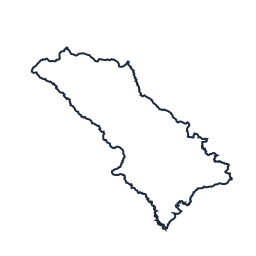 Muhanga, Southern, Rwanda, rotated 314°
{"feature_id": "39286606B71619932434084", "entity_name": "Muhanga", "entity_type": "district", "adm_level": 2, "iso_a3": "RWA", "parent_name": "Rwanda", "parent_adm1": "Southern", "projection": "robinson", "projection_center": [29.724, -1.939], "detail": "fine", "context": "isolated", "style": "outline", "palette": "slate", "viewbox_px": 256, "rotation_deg": 314, "n_neighbors": 0, "source": "geoboundaries", "source_scale": "gbopen_adm2", "svg_char_len": 5905}
<svg xmlns="http://www.w3.org/2000/svg" viewBox="0 0 256 256"><g transform="rotate(314 128 128)"><path d="M169.6,221.1L168.2,219.5L168.3,218.7L167.9,218.2L168.1,217.9L167.6,216.6L167.2,216.4L166.5,216.6L165.5,215.0L164.1,213.9L164.5,212.9L165.1,213.1L165.2,211.6L167.8,211.2L168.1,210.1L170.4,211.2L169.8,208.8L170.0,207.6L168.8,206.5L167.4,206.1L166.4,205.3L164.6,204.8L164.1,204.2L164.3,202.6L163.8,202.2L164.1,200.9L165.3,199.6L165.6,199.9L165.9,198.8L165.6,198.3L166.4,197.7L165.7,197.3L166.0,197.1L165.8,196.1L165.4,195.9L166.2,195.0L165.5,194.9L166.7,193.4L167.6,193.2L169.5,191.2L172.5,193.6L173.3,193.1L173.6,193.4L174.3,192.5L175.0,192.4L173.8,190.9L172.2,189.7L171.7,188.8L171.5,186.2L170.3,185.2L170.8,184.9L171.5,183.5L171.4,181.2L169.9,180.5L170.0,179.7L168.2,180.3L167.3,181.4L166.5,181.6L163.3,177.1L165.4,175.7L166.7,173.3L166.7,172.7L167.2,172.7L167.3,172.1L168.4,171.1L170.3,170.4L171.1,170.6L172.7,170.2L173.6,167.9L173.5,166.9L171.4,166.7L170.4,165.1L170.5,164.6L169.9,163.2L169.6,161.8L167.8,160.2L166.8,160.2L166.6,159.9L166.5,158.3L167.5,157.0L167.0,152.5L168.2,151.1L168.0,149.6L168.5,149.2L168.6,148.4L168.0,145.3L167.1,142.7L166.5,142.4L166.3,141.0L164.6,140.1L164.6,139.2L163.4,137.7L163.9,135.0L163.5,134.4L164.1,132.4L163.6,128.8L164.3,126.8L164.2,126.3L164.7,125.7L164.4,125.0L164.5,123.9L163.0,118.7L162.9,117.0L161.0,116.6L160.4,114.2L161.8,113.6L161.9,111.3L162.4,110.3L163.5,109.8L163.6,109.0L165.0,107.5L165.4,106.3L165.4,104.7L166.3,104.5L166.3,103.3L167.1,102.8L167.3,101.8L167.0,100.9L168.5,100.7L168.5,98.9L169.3,98.5L168.9,97.8L170.2,96.2L170.2,95.3L170.8,94.6L171.6,94.6L171.9,92.6L173.1,92.5L173.3,91.6L172.8,89.8L173.4,88.8L173.2,87.9L173.9,87.7L173.7,86.8L173.9,85.7L173.6,84.8L173.9,84.1L176.1,82.5L175.6,81.7L173.2,82.3L170.2,82.1L168.3,81.4L166.6,79.9L166.2,79.0L166.3,78.3L167.6,77.1L168.3,75.0L167.4,70.2L166.8,69.9L166.2,68.4L163.9,67.8L163.0,65.4L161.3,64.8L157.6,59.4L154.7,59.9L153.5,58.0L153.8,55.0L153.3,51.3L153.7,49.8L152.5,47.9L150.9,44.2L147.4,41.1L144.6,40.8L143.9,40.1L143.0,37.6L141.8,35.6L142.9,31.9L142.8,29.9L143.6,28.9L143.5,28.2L142.7,27.8L141.8,28.6L140.5,27.7L139.0,28.6L136.7,26.9L134.4,26.9L132.7,28.1L130.8,30.5L129.2,30.8L127.3,29.1L125.8,29.6L124.9,28.8L124.1,27.3L122.6,26.4L121.5,24.9L121.5,21.3L119.4,20.6L118.8,20.1L118.5,19.1L117.2,19.1L116.3,18.3L115.5,18.1L114.1,18.5L112.0,18.2L108.3,18.6L106.0,17.8L103.4,18.5L102.2,19.1L101.7,19.9L102.1,21.8L104.5,23.7L103.5,25.5L103.7,27.1L103.1,29.7L103.8,30.9L104.3,33.0L105.2,34.2L105.9,34.5L105.3,35.9L106.7,39.5L107.4,39.8L107.6,40.3L107.5,43.5L108.3,43.5L108.5,44.3L107.9,45.3L108.4,47.5L107.9,48.4L107.0,48.1L106.6,48.7L106.9,50.7L106.4,54.2L108.2,56.9L107.9,57.8L108.0,59.2L106.6,59.3L106.3,63.8L107.3,63.7L108.0,66.4L107.0,67.0L106.7,68.0L105.9,68.5L105.5,70.2L104.5,70.7L105.5,73.5L105.1,74.6L105.1,76.2L104.3,77.4L104.2,79.2L105.0,81.1L104.0,82.5L104.5,85.3L103.8,86.9L104.7,87.6L104.7,88.8L105.8,89.1L106.0,89.5L105.7,90.8L105.8,91.4L107.5,94.7L107.5,96.8L106.4,99.0L107.5,100.2L108.3,104.3L109.4,105.5L108.5,107.6L108.5,108.2L107.2,108.1L107.0,108.4L107.2,110.4L106.9,111.7L108.4,113.1L107.7,113.8L107.3,115.0L106.0,115.0L105.1,115.6L102.9,118.0L103.0,119.7L104.1,120.4L103.1,122.9L104.2,125.7L102.7,127.8L103.1,131.0L103.5,131.1L104.4,132.5L105.5,132.4L107.4,133.4L108.3,135.4L108.6,139.1L108.1,140.6L106.4,142.3L105.0,145.7L102.4,146.0L101.7,146.9L100.3,146.8L99.7,148.0L98.1,147.7L97.2,148.6L96.1,148.6L95.4,149.3L94.6,149.5L93.2,148.5L92.4,149.0L88.4,147.0L87.5,147.1L86.2,146.5L85.4,146.7L84.6,147.8L84.4,149.9L86.3,152.6L87.2,153.0L87.8,153.9L89.1,154.2L90.2,155.3L90.6,156.2L90.6,157.1L91.2,157.4L91.4,158.0L91.3,158.9L90.6,159.4L90.3,160.3L89.4,160.3L88.8,161.0L88.5,162.9L88.0,164.4L87.5,164.7L88.2,165.6L88.7,168.8L89.9,169.5L89.6,170.4L88.8,170.5L88.6,171.2L87.4,172.2L88.8,173.4L89.3,175.0L88.7,176.2L89.4,178.3L88.6,179.6L88.6,180.8L88.8,181.1L90.2,181.2L90.4,183.2L91.2,183.3L91.1,184.9L92.2,185.8L92.5,186.9L92.3,187.6L91.4,188.2L91.6,188.8L90.8,189.7L91.4,191.8L90.8,192.3L90.0,191.9L90.0,192.8L89.6,193.6L89.7,194.6L90.4,194.9L90.0,195.7L91.5,196.2L90.9,197.3L89.8,197.7L89.1,199.0L89.4,200.4L90.1,200.7L89.8,201.5L89.8,202.6L89.3,203.1L88.3,202.5L87.8,203.0L87.5,203.8L88.1,205.7L87.2,205.0L86.6,206.1L85.7,206.0L84.9,208.3L84.0,207.8L83.2,208.3L83.5,209.9L84.8,209.8L84.6,211.1L83.0,211.5L83.0,212.4L82.5,213.4L81.4,212.7L82.3,214.8L82.0,217.5L81.3,217.8L80.9,217.5L80.8,216.0L80.5,215.5L79.9,216.5L80.1,217.6L81.0,218.2L80.9,219.1L81.6,219.3L82.3,219.0L83.2,221.0L82.8,221.5L81.6,221.3L81.6,222.2L80.2,222.4L80.1,223.3L81.1,224.5L81.1,225.1L81.4,224.7L82.4,224.9L82.6,224.6L82.8,225.6L83.1,225.7L85.4,224.2L85.9,224.3L86.4,223.6L87.2,223.9L88.0,223.8L89.3,223.0L90.2,223.4L91.6,223.1L94.0,224.0L95.1,224.0L97.0,223.6L97.6,223.0L98.6,221.4L98.5,220.3L100.4,223.1L101.7,224.0L105.1,224.2L104.7,221.6L105.0,219.5L104.8,216.9L105.5,216.5L105.5,216.8L106.8,217.0L107.0,217.6L107.3,217.1L107.5,217.4L107.6,216.6L108.1,216.0L108.9,216.4L110.4,216.5L110.5,216.9L110.8,216.6L110.6,216.1L111.3,216.1L111.3,216.9L112.6,217.2L113.0,217.9L112.3,219.3L112.8,219.2L112.7,219.9L113.2,220.3L112.3,220.2L112.2,220.8L113.7,223.0L113.4,223.9L114.4,224.2L114.2,224.6L115.3,225.1L115.8,224.9L115.8,224.5L116.5,224.2L117.0,224.6L117.9,224.5L118.0,224.1L119.2,224.0L119.3,223.0L120.0,222.7L120.2,221.9L120.7,221.5L122.3,221.5L123.2,220.8L124.5,221.3L125.4,220.4L126.4,220.4L127.3,219.8L127.7,220.4L130.2,220.0L132.0,220.6L132.8,220.0L136.7,223.5L138.7,223.3L139.5,225.4L142.4,227.3L144.6,229.4L148.0,230.0L149.1,231.1L152.1,232.4L153.3,234.9L155.5,237.0L158.1,237.7L160.4,237.0L161.6,237.3L162.1,237.0L162.9,238.2L163.7,237.9L163.9,236.9L163.7,235.5L164.5,234.1L166.1,233.1L164.6,230.9L164.0,229.1L164.0,228.4L168.0,228.5L169.5,226.6L170.7,226.6L170.9,226.0L171.5,225.9L171.0,223.9L170.5,223.9L169.4,222.0L169.6,221.1Z" fill="none" stroke="#1e293b" stroke-width="2"/></g></svg>